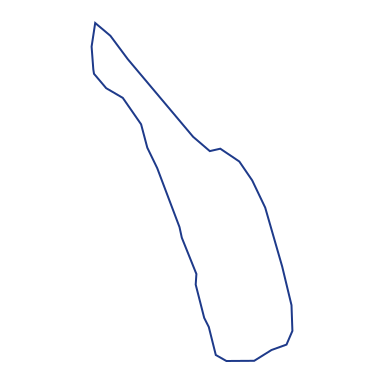 Unanu, Federated States of Micronesia
{"feature_id": "79324940B35725319521289", "entity_name": "Unanu", "entity_type": "district", "adm_level": 2, "iso_a3": "FSM", "parent_name": "Federated States of Micronesia", "parent_adm1": "", "projection": "mercator", "projection_center": [150.339, 8.753], "detail": "fine", "context": "isolated", "style": "outline", "palette": "blue", "viewbox_px": 384, "rotation_deg": 0, "n_neighbors": 0, "source": "geoboundaries", "source_scale": "gbopen_adm2", "svg_char_len": 497}
<svg xmlns="http://www.w3.org/2000/svg" viewBox="0 0 384 384"><path d="M95.2,23.0L91.6,46.6L93.3,69.3L94.0,73.8L106.2,88.2L122.8,97.9L141.1,124.3L147.3,147.7L157.2,168.1L179.5,227.1L181.8,237.7L196.4,274.0L195.7,284.6L204.2,317.9L208.8,327.0L215.8,355.0L226.4,361.0L254.2,360.8L271.5,350.0L286.5,344.6L292.4,330.9L291.5,305.2L282.2,266.6L265.2,207.6L252.2,180.4L239.3,161.5L220.3,148.7L209.8,151.1L193.1,136.8L127.8,59.2L110.4,35.8L95.2,23.0Z" fill="none" stroke="#1e3a8a" stroke-width="2"/></svg>